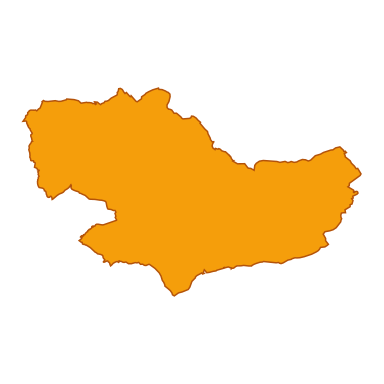 the district of Cepari, Arges, Romania
{"feature_id": "2599482B57703941239263", "entity_name": "Cepari", "entity_type": "district", "adm_level": 2, "iso_a3": "ROU", "parent_name": "Romania", "parent_adm1": "Arges", "projection": "robinson", "projection_center": [24.502, 45.211], "detail": "fine", "context": "isolated", "style": "filled", "palette": "amber", "viewbox_px": 384, "rotation_deg": 0, "n_neighbors": 0, "source": "geoboundaries", "source_scale": "gbopen_adm2", "svg_char_len": 5901}
<svg xmlns="http://www.w3.org/2000/svg" viewBox="0 0 384 384"><path d="M328.4,244.3L325.6,240.7L325.6,238.4L323.2,234.1L325.0,231.7L329.8,230.8L333.2,229.7L336.2,227.7L340.7,221.9L341.1,219.8L341.7,218.7L341.0,217.4L340.8,215.2L341.4,213.1L343.6,212.7L345.5,212.7L345.0,209.8L350.1,206.7L350.1,204.7L352.0,204.0L353.0,200.5L351.7,198.6L353.2,198.0L353.0,197.1L352.8,196.7L352.8,196.2L357.0,194.2L358.0,193.1L357.6,191.9L356.9,191.4L356.0,191.4L355.0,191.8L354.3,192.6L353.6,192.5L353.4,192.0L353.9,191.0L353.5,190.1L347.9,186.8L349.2,185.7L349.4,183.3L360.1,175.5L361.0,173.9L357.7,168.4L356.1,168.7L354.4,166.1L351.4,163.2L350.2,160.8L345.2,156.8L345.1,155.5L344.3,153.6L346.4,152.6L345.2,151.2L344.6,151.6L343.8,151.5L343.5,150.3L339.9,146.9L335.6,147.9L332.8,149.9L331.0,150.0L323.6,152.4L320.4,154.2L315.3,155.7L310.6,160.2L308.3,161.0L305.5,159.8L302.4,159.5L298.9,160.8L296.7,162.0L294.1,162.4L291.1,161.5L289.7,162.2L287.7,162.6L285.1,161.4L279.9,162.4L276.9,161.5L263.3,160.5L259.4,161.2L256.3,163.3L254.8,165.3L254.1,170.3L250.8,168.4L248.3,168.2L247.5,167.4L244.7,163.7L237.5,163.8L232.8,161.1L233.3,160.7L233.1,160.7L231.8,159.2L231.2,158.1L230.9,157.0L230.1,156.5L229.9,155.8L229.6,155.8L229.2,155.0L228.6,154.9L228.3,154.4L225.5,151.8L224.0,151.6L221.8,150.8L220.3,149.3L218.8,148.6L218.0,149.2L215.4,148.4L215.0,149.6L213.0,148.1L212.1,146.0L212.7,143.5L213.6,142.4L213.7,141.7L212.1,141.8L210.4,139.4L210.3,138.3L208.0,133.8L207.5,131.5L204.8,129.0L200.0,123.3L200.5,122.3L198.1,120.3L196.1,118.0L193.4,116.3L191.5,116.1L190.9,117.7L189.4,118.4L183.0,118.9L182.0,118.4L180.8,116.8L176.5,113.2L174.1,113.3L171.7,110.0L169.7,109.2L168.6,109.2L167.1,107.6L167.0,105.0L168.9,101.6L170.1,96.7L169.9,94.1L168.2,92.4L166.6,91.8L165.7,91.1L162.1,89.6L158.9,89.4L158.5,88.1L152.8,89.8L148.7,91.7L145.9,93.3L145.0,94.5L141.6,96.8L141.5,98.8L137.2,101.8L136.0,101.3L131.1,95.7L130.7,96.7L129.8,96.4L126.4,92.5L125.0,93.5L123.9,92.2L122.3,89.5L120.4,88.4L118.7,88.7L118.1,91.6L117.2,92.4L117.4,93.9L116.9,95.1L111.2,98.1L108.4,100.5L106.7,101.2L105.0,101.3L104.1,102.7L101.5,103.7L100.7,104.6L99.2,103.7L97.5,102.2L94.8,101.9L96.3,103.9L95.4,104.5L94.4,103.3L92.8,103.6L91.7,102.9L88.8,102.5L88.0,102.7L86.6,102.3L81.1,103.2L78.5,100.8L74.1,99.6L66.7,99.0L66.2,99.8L61.0,101.3L58.7,101.4L55.2,100.7L48.0,101.5L44.9,101.3L43.4,100.5L42.0,101.8L42.4,102.3L40.1,108.0L38.4,109.1L37.1,110.6L36.6,110.8L35.9,110.2L35.3,110.0L34.8,110.2L30.8,110.1L29.3,110.7L29.0,111.4L27.7,112.6L27.7,114.1L27.5,114.6L27.0,115.1L26.0,115.5L25.6,116.2L25.7,117.0L25.6,117.6L23.0,121.3L25.8,121.0L26.2,121.2L26.7,121.9L26.7,123.1L27.8,125.2L27.6,125.2L28.4,127.0L29.1,128.0L30.0,128.7L30.1,129.7L32.2,133.2L32.1,133.8L31.0,134.7L30.8,135.0L30.9,136.5L31.5,137.8L32.1,140.9L32.5,141.3L31.5,141.7L31.3,142.5L30.0,144.3L29.1,145.8L29.0,146.5L29.3,147.9L28.8,149.7L29.8,153.0L30.0,155.9L29.8,157.1L30.4,158.3L30.8,160.4L31.2,160.7L33.5,160.8L33.8,162.1L35.0,162.6L35.2,163.5L34.5,167.3L36.7,168.2L37.3,169.0L37.5,170.0L38.7,170.1L39.1,170.3L38.6,171.2L37.8,171.9L38.3,172.7L38.4,173.5L38.1,174.3L39.0,176.3L38.3,177.2L38.3,178.6L37.7,179.8L37.8,180.5L37.5,181.2L37.6,183.7L38.0,185.3L38.4,186.3L39.1,187.5L42.7,188.2L43.6,188.8L44.2,189.6L44.4,190.8L45.5,191.2L45.8,191.6L46.2,193.0L46.3,194.1L46.9,195.4L47.0,196.2L47.6,197.0L48.8,197.4L49.6,197.2L50.4,196.3L51.0,196.3L51.9,197.6L52.1,199.5L52.6,199.3L57.2,195.4L59.3,194.0L62.1,192.9L63.4,192.1L65.1,190.1L67.2,188.9L68.6,187.8L69.9,186.4L70.7,184.9L70.9,184.7L71.3,185.6L71.0,187.8L71.8,189.1L73.4,190.0L75.6,190.9L78.6,191.8L78.9,192.1L79.2,192.8L79.5,193.1L81.0,193.5L82.5,194.3L85.2,195.4L89.1,199.0L89.9,199.2L94.9,199.4L99.7,200.1L101.5,200.2L104.0,200.8L105.4,201.4L106.1,202.3L106.9,206.5L107.7,208.8L108.2,209.1L111.1,209.5L113.4,210.5L115.1,210.5L115.6,211.4L115.9,212.3L115.0,213.3L115.7,215.6L115.8,216.6L115.2,217.3L115.7,218.4L116.6,219.8L116.5,220.3L103.5,224.8L102.1,224.9L98.1,224.2L96.7,224.2L95.7,224.7L94.8,226.1L94.0,226.1L92.9,227.1L92.4,226.8L92.5,226.2L92.2,226.3L91.8,226.7L91.7,227.9L90.1,229.3L89.6,229.6L89.3,229.3L87.7,230.9L87.7,231.6L87.1,231.8L85.5,233.3L84.7,234.7L83.7,234.7L83.5,235.7L82.9,235.6L82.5,236.6L82.4,236.6L82.5,235.8L82.2,235.6L81.6,235.8L80.6,236.7L80.5,237.0L81.7,237.5L81.9,237.9L81.1,239.0L79.1,240.6L81.2,242.2L82.2,242.4L82.4,243.8L82.7,244.1L83.5,244.4L84.5,244.3L85.3,245.0L86.3,245.1L90.3,247.6L95.2,252.2L96.4,252.7L97.5,253.8L100.5,254.4L101.9,254.9L102.9,255.9L103.1,257.4L103.3,258.0L104.8,259.8L104.6,260.4L103.6,261.4L103.4,261.8L103.5,262.1L104.5,262.1L107.1,260.9L107.8,261.1L108.4,262.0L109.0,262.3L109.6,263.0L110.0,264.6L110.6,265.9L111.8,264.9L113.2,263.3L115.7,261.9L117.1,261.5L118.7,262.4L118.9,262.2L118.9,261.0L119.2,260.8L120.1,261.3L121.2,261.4L123.1,262.3L124.4,262.4L125.2,262.1L126.1,262.1L128.5,263.7L131.4,263.7L135.2,262.6L137.0,262.9L138.6,262.4L139.1,262.8L140.5,264.3L142.7,264.2L144.3,265.3L146.0,265.5L148.6,264.4L149.5,264.4L155.0,268.4L159.2,272.8L161.0,276.0L162.3,280.3L163.7,282.3L164.3,283.6L164.8,284.9L164.9,286.1L168.0,288.6L170.3,290.6L171.9,292.9L172.5,294.8L174.3,295.9L178.5,292.9L182.3,291.9L188.2,289.5L189.8,287.2L191.9,281.4L195.4,277.8L195.5,276.8L197.0,275.5L201.7,273.0L202.6,274.0L204.2,273.4L203.3,272.6L204.3,269.8L205.9,271.5L206.3,272.6L206.8,272.7L209.2,272.4L213.3,271.3L216.0,270.9L216.9,270.2L223.9,268.2L223.8,267.6L224.7,267.4L225.0,267.8L228.3,266.9L229.9,267.6L231.0,267.7L231.2,268.9L231.9,268.3L233.7,268.1L235.6,266.6L237.0,265.9L241.1,265.8L243.6,265.4L249.0,266.0L251.5,266.0L251.5,265.7L254.2,264.2L256.6,263.3L260.1,262.2L262.5,262.0L263.5,261.5L276.2,262.8L278.5,262.5L279.6,263.2L281.0,263.6L283.1,262.9L287.9,260.1L291.1,259.4L292.2,258.7L294.9,257.8L297.0,257.9L299.9,257.7L304.2,256.7L311.7,254.2L316.3,251.9L318.3,250.6L319.5,249.2L320.5,247.4L324.9,246.9L327.2,245.4L328.4,244.3Z" fill="#f59e0b" stroke="#b45309" stroke-width="1.5"/></svg>